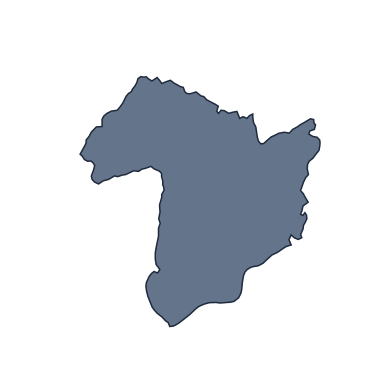 Paulo Frontin, Paraná, Brazil (Equal Earth projection), rotated 32°
{"feature_id": "56859067B20198309611893", "entity_name": "Paulo Frontin", "entity_type": "district", "adm_level": 2, "iso_a3": "BRA", "parent_name": "Brazil", "parent_adm1": "Paraná", "projection": "equal_earth", "projection_center": [-50.751, -26.069], "detail": "fine", "context": "isolated", "style": "filled", "palette": "slate", "viewbox_px": 384, "rotation_deg": 32, "n_neighbors": 0, "source": "geoboundaries", "source_scale": "gbopen_adm2", "svg_char_len": 2712}
<svg xmlns="http://www.w3.org/2000/svg" viewBox="0 0 384 384"><g transform="rotate(32 192 192)"><path d="M76.9,174.5L77.3,178.2L81.1,184.1L76.4,187.5L74.9,194.6L75.3,199.4L74.7,203.8L76.4,207.3L77.1,219.3L79.8,219.7L83.5,221.5L87.2,221.2L89.8,219.3L92.7,219.7L95.4,221.1L96.8,225.2L98.2,231.9L100.7,234.3L104.0,235.2L108.5,234.7L110.8,229.6L114.7,225.4L117.7,219.5L120.9,218.3L124.0,214.5L126.4,212.5L131.3,204.9L135.7,202.9L137.5,199.0L139.8,196.8L143.6,192.0L147.8,192.5L153.2,191.6L156.4,192.4L157.9,194.9L161.5,198.3L163.2,201.2L165.5,203.0L167.4,205.3L167.6,210.1L169.2,212.7L171.3,220.1L172.9,222.4L175.6,226.1L177.9,232.3L181.6,235.4L182.8,240.5L187.0,247.2L191.6,259.6L193.3,263.4L196.4,268.3L200.0,272.5L205.8,274.8L205.7,278.9L201.9,279.6L200.8,282.6L200.4,286.4L201.3,292.8L202.6,296.0L205.5,299.6L209.9,303.9L219.2,310.7L222.6,312.1L226.8,313.3L232.9,313.9L237.6,315.2L241.1,315.4L244.4,317.9L247.5,315.3L249.8,311.2L251.4,307.2L252.9,303.0L255.2,296.5L256.8,290.1L258.0,286.4L259.5,283.8L261.6,280.8L265.1,276.9L268.7,274.4L271.0,272.9L274.4,271.4L277.7,269.0L280.8,266.7L283.0,265.1L285.6,262.5L287.6,257.0L287.1,251.8L286.0,248.8L284.7,246.1L282.7,242.1L280.1,235.9L279.3,231.7L279.9,228.4L281.8,224.7L284.4,221.9L287.1,219.7L290.0,214.8L291.0,210.8L292.1,206.9L293.1,203.2L294.7,200.7L296.5,197.8L297.8,194.9L299.0,192.0L300.8,188.2L304.2,184.4L299.5,181.0L298.8,175.8L301.3,176.3L303.7,176.6L307.3,175.9L309.3,172.6L306.7,170.5L305.8,164.7L304.2,161.0L304.1,157.6L303.6,153.8L301.4,151.0L298.7,149.7L298.4,153.1L295.9,153.4L295.3,149.9L293.5,145.0L295.9,139.1L289.9,136.0L287.2,134.4L283.3,133.3L282.4,129.1L281.4,124.9L280.8,119.8L281.5,115.6L277.5,111.3L275.4,107.5L275.1,103.6L276.6,99.5L277.0,94.6L277.6,89.4L276.0,85.3L274.5,82.4L272.7,80.2L269.1,79.3L265.1,80.8L260.4,81.0L259.6,77.8L262.6,74.1L261.2,69.6L258.7,68.7L256.8,66.1L253.7,67.1L250.0,74.3L248.1,77.7L247.0,80.6L244.2,85.6L243.3,90.5L238.6,92.4L234.4,96.3L232.4,99.7L230.0,103.3L228.4,108.3L227.1,112.9L224.8,114.7L221.3,113.6L218.3,110.8L211.6,103.0L207.5,100.6L204.3,96.9L202.2,93.7L200.2,96.9L199.6,100.4L195.3,101.1L193.5,104.3L187.4,99.9L184.1,102.9L181.5,105.8L176.3,105.9L173.3,107.3L172.8,111.3L170.2,110.4L168.8,105.3L164.6,105.3L160.6,105.7L155.5,106.0L151.3,104.8L149.0,105.7L146.5,105.5L142.4,105.0L138.4,109.7L135.4,111.2L132.8,110.8L129.2,107.9L126.2,108.8L121.5,109.0L119.0,109.2L114.5,108.7L112.6,111.0L110.6,113.6L108.9,116.0L105.3,114.5L101.7,113.4L99.2,119.1L94.8,119.1L92.4,118.5L89.9,120.3L87.5,121.2L86.1,124.5L87.2,128.2L87.5,132.3L87.0,136.0L87.4,139.2L85.9,142.1L85.4,145.8L86.2,153.0L85.8,158.8L85.3,162.3L80.7,166.2L78.2,170.4L76.9,174.5Z" fill="#64748b" stroke="#1e293b" stroke-width="1.5"/></g></svg>